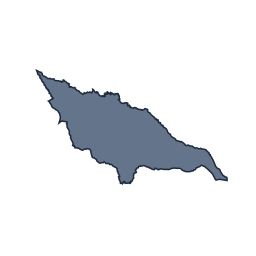 outline of Ramapepe, Leribe, Lesotho, rotated 327°
{"feature_id": "5366337B9822317619474", "entity_name": "Ramapepe", "entity_type": "district", "adm_level": 2, "iso_a3": "LSO", "parent_name": "Lesotho", "parent_adm1": "Leribe", "projection": "robinson", "projection_center": [28.135, -29.017], "detail": "fine", "context": "isolated", "style": "filled", "palette": "slate", "viewbox_px": 256, "rotation_deg": 327, "n_neighbors": 0, "source": "geoboundaries", "source_scale": "gbopen_adm2", "svg_char_len": 5784}
<svg xmlns="http://www.w3.org/2000/svg" viewBox="0 0 256 256"><g transform="rotate(327 128 128)"><path d="M183.9,223.0L183.1,222.2L182.4,221.1L182.4,220.4L181.8,219.3L181.8,215.4L182.3,212.7L182.0,211.9L180.9,210.2L180.7,207.8L181.8,201.6L182.1,198.4L182.0,196.3L182.5,195.2L181.8,194.7L182.1,193.5L182.4,193.0L181.7,190.6L181.6,189.2L180.7,187.6L179.3,186.6L177.7,184.5L177.2,184.6L176.6,184.3L175.8,183.6L174.8,182.1L173.4,181.4L172.6,180.0L172.1,178.3L170.2,176.9L170.0,176.3L169.3,175.2L168.8,174.9L167.9,174.7L166.8,173.9L166.8,172.3L166.5,172.0L166.4,170.9L165.3,168.4L164.2,168.1L164.1,167.3L161.7,164.9L161.5,164.4L161.8,163.2L161.6,162.9L161.4,161.9L160.8,161.2L159.8,158.7L159.7,157.4L160.1,156.7L160.1,156.2L159.2,154.8L159.1,152.8L159.6,150.9L159.6,149.2L159.2,148.7L159.0,147.6L158.5,147.3L158.4,146.0L158.6,145.5L158.0,144.9L158.4,144.4L157.7,143.9L157.7,142.8L157.5,142.3L158.0,141.2L157.1,140.9L156.7,139.9L157.1,139.5L157.3,138.4L157.7,137.7L157.4,137.4L156.7,137.6L156.5,137.0L156.8,135.9L155.8,135.5L156.0,133.9L154.6,129.3L154.6,127.3L153.7,126.0L153.6,125.3L153.5,124.5L153.9,123.9L154.5,123.6L154.3,122.8L152.9,121.0L151.3,121.2L149.9,121.0L149.7,120.3L149.4,120.3L149.0,119.7L148.6,119.6L148.4,119.1L147.0,118.2L146.8,117.5L146.2,116.6L145.7,116.5L145.5,116.2L145.7,115.3L144.5,114.4L144.1,114.2L143.3,114.4L142.7,113.9L141.8,112.6L141.0,111.9L141.1,111.6L141.7,111.4L141.5,111.0L141.5,109.9L141.3,109.5L140.7,109.8L140.4,109.4L140.7,109.2L139.9,109.0L140.5,107.8L141.3,107.2L141.1,106.8L140.5,106.9L140.5,106.0L139.0,105.4L138.7,104.9L137.5,105.0L137.2,104.4L136.4,104.0L136.0,103.4L135.6,101.6L135.9,100.8L135.6,99.2L136.4,99.7L136.9,99.1L137.2,97.8L137.9,96.8L138.1,96.3L137.9,96.0L138.1,95.4L137.8,95.0L138.4,94.2L138.2,93.6L136.9,92.8L136.3,92.7L136.0,92.3L135.6,92.8L134.8,92.8L134.4,91.5L133.5,90.9L133.6,90.2L132.8,90.2L133.2,89.6L132.7,88.8L131.9,89.8L132.0,90.2L131.6,90.5L131.4,90.3L131.2,89.4L131.6,88.8L130.7,88.3L130.5,86.4L130.3,86.3L129.3,87.6L129.3,87.9L129.7,87.9L129.4,88.2L128.7,88.2L128.6,87.9L128.8,87.7L128.6,87.0L128.2,86.9L127.9,86.4L127.7,86.7L128.0,87.3L126.8,86.7L126.4,87.9L125.8,87.7L125.8,88.0L126.2,88.7L126.0,88.9L125.3,88.8L124.5,88.0L124.1,87.1L123.5,86.8L123.2,87.2L122.9,87.0L122.6,86.6L121.8,84.9L121.9,83.7L121.7,82.8L122.2,81.7L121.4,80.5L121.1,80.6L120.6,81.2L120.4,81.1L120.4,80.7L119.9,80.0L119.8,77.1L119.7,76.5L119.5,76.3L119.2,77.5L118.1,77.8L117.9,78.1L116.5,78.6L115.8,77.2L115.4,77.0L114.9,77.1L114.1,76.6L113.5,75.7L112.4,76.0L111.5,76.0L110.9,75.4L110.8,74.8L110.6,74.6L110.4,75.0L109.2,75.4L108.6,75.3L108.3,74.9L108.0,73.5L107.1,72.3L107.0,71.8L107.1,70.8L106.8,70.2L106.8,69.8L105.6,68.6L105.6,67.8L105.1,66.4L105.5,65.4L105.5,65.0L104.1,64.6L103.3,63.5L102.7,62.2L101.6,62.4L101.1,61.8L101.7,60.9L101.6,60.0L102.8,59.1L102.4,58.3L101.8,58.0L101.8,57.3L101.3,56.9L101.1,55.9L101.2,55.3L100.4,54.3L100.3,52.8L99.7,52.4L98.6,53.7L97.2,53.3L97.4,52.5L97.2,52.0L96.2,51.7L95.5,50.6L92.7,48.5L92.4,48.0L92.7,46.5L90.3,45.2L89.9,44.2L89.5,43.9L87.9,43.1L87.1,41.4L87.0,40.5L85.1,37.7L85.1,37.1L85.7,35.5L85.5,33.9L84.5,33.2L82.7,30.0L82.2,32.4L81.6,33.8L82.4,35.3L82.0,35.9L82.6,36.6L81.6,37.6L81.6,38.6L81.9,39.4L81.7,40.0L81.9,40.4L81.5,40.9L81.4,42.1L81.7,43.1L81.5,43.3L81.7,43.5L81.6,44.0L81.8,44.4L81.8,45.4L81.2,46.0L81.6,46.6L81.3,46.8L81.5,47.3L81.5,48.2L81.0,49.6L81.6,50.5L81.2,51.0L81.9,52.2L81.4,52.9L81.4,53.2L81.6,53.2L81.9,52.9L82.1,53.2L81.5,54.0L81.6,55.2L80.8,55.9L81.0,56.3L81.5,56.4L81.3,58.5L80.9,59.1L81.3,59.3L81.0,60.3L81.5,61.4L80.9,61.9L81.2,62.4L80.9,62.6L80.2,62.5L79.6,62.1L78.0,62.4L75.9,62.1L76.4,63.6L76.1,64.1L76.3,66.3L75.8,68.5L75.9,69.9L76.8,71.3L77.5,73.6L78.1,74.4L78.5,75.7L78.3,76.7L78.6,78.5L78.2,79.0L77.8,80.7L76.8,82.6L75.6,83.9L72.9,86.2L75.5,86.0L76.3,86.2L80.1,89.5L79.6,90.7L78.7,90.9L78.7,91.7L78.3,92.8L77.5,93.8L77.3,95.0L77.3,97.2L76.9,99.1L76.3,99.7L75.5,101.0L75.4,101.9L75.7,103.6L74.9,104.3L74.2,105.7L73.9,108.8L73.4,111.6L72.1,112.3L72.3,113.4L73.0,113.4L73.2,113.9L73.1,114.9L72.6,115.5L75.5,118.0L76.5,120.2L77.9,122.0L80.3,122.0L81.8,123.2L83.0,123.3L83.3,123.9L84.2,124.9L84.4,125.7L84.3,127.2L83.8,127.8L82.4,131.8L82.1,133.2L83.4,135.0L84.3,137.1L83.9,138.8L84.9,141.8L85.7,142.4L88.0,143.2L88.4,143.6L89.5,143.3L89.9,144.2L90.1,145.7L92.2,147.1L92.7,147.8L92.8,148.7L93.2,149.1L93.9,149.2L94.2,149.6L94.6,150.6L94.7,152.0L96.1,154.1L96.6,155.3L96.7,156.6L96.2,156.9L95.3,159.0L95.6,159.6L95.0,161.0L94.8,163.9L93.5,163.8L93.4,164.6L92.7,165.7L92.6,166.4L92.7,167.0L92.3,167.5L92.4,168.2L92.3,168.8L91.5,170.3L92.7,171.1L93.5,170.9L93.2,171.7L94.0,171.5L94.7,170.6L95.3,170.6L96.1,171.3L95.4,172.6L95.5,172.9L96.3,173.0L96.8,173.7L98.7,174.4L99.0,175.3L99.8,175.6L100.6,175.3L100.2,174.7L100.8,174.3L101.4,174.3L101.8,174.8L102.0,174.8L103.2,174.4L104.0,173.5L105.6,173.0L106.5,171.0L107.4,170.4L107.5,170.0L108.1,169.4L109.5,169.6L110.2,169.9L110.6,169.4L111.1,169.4L111.1,167.9L111.5,167.1L112.8,167.1L113.8,166.5L114.5,166.5L115.0,166.9L115.9,166.2L116.5,166.2L117.2,166.6L117.7,166.5L117.9,167.0L118.5,167.3L120.5,167.9L121.4,168.7L122.0,170.1L122.5,170.6L122.8,171.2L123.7,171.7L124.3,173.4L124.9,173.6L125.7,175.7L127.2,177.2L127.8,177.2L128.6,176.4L129.5,177.2L130.3,179.1L130.7,179.5L131.2,179.3L131.8,179.9L133.0,179.9L135.6,182.3L137.2,183.4L138.3,183.9L138.9,184.7L140.7,185.4L142.7,185.6L143.7,186.3L144.8,186.6L147.4,188.7L149.4,189.9L150.0,190.9L150.7,193.1L151.4,194.4L152.7,196.0L153.8,196.9L156.7,198.6L158.3,198.6L158.5,199.0L159.0,199.4L160.1,199.0L161.0,199.5L162.0,199.4L163.4,198.7L167.4,199.4L168.7,199.2L169.6,199.4L170.4,201.0L171.0,201.6L171.6,203.1L172.5,206.1L173.9,212.6L173.2,219.1L173.6,219.7L176.5,220.7L177.2,221.2L182.5,226.0L183.7,224.1L183.9,223.0Z" fill="#64748b" stroke="#1e293b" stroke-width="1.5"/></g></svg>